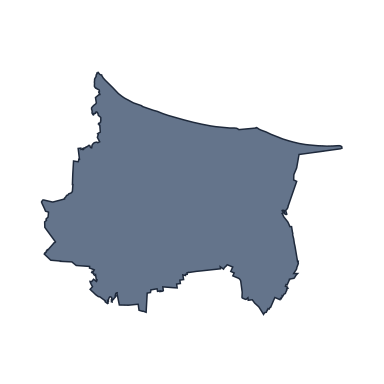 the district of Guasave, Sinaloa, Mexico, rotated 173°
{"feature_id": "50627088B56884755613455", "entity_name": "Guasave", "entity_type": "district", "adm_level": 2, "iso_a3": "MEX", "parent_name": "Mexico", "parent_adm1": "Sinaloa", "projection": "orthographic", "projection_center": [-108.478, 25.508], "detail": "fine", "context": "isolated", "style": "filled", "palette": "slate", "viewbox_px": 384, "rotation_deg": 173, "n_neighbors": 0, "source": "geoboundaries", "source_scale": "gbopen_adm2", "svg_char_len": 5874}
<svg xmlns="http://www.w3.org/2000/svg" viewBox="0 0 384 384"><g transform="rotate(173 192 192)"><path d="M299.7,249.1L299.7,238.2L300.4,238.3L300.4,238.2L300.7,237.1L301.3,235.9L305.8,237.2L308.2,224.0L309.8,214.0L309.3,213.9L310.7,207.0L311.5,206.3L312.5,205.6L314.4,205.3L315.8,204.0L316.9,203.9L317.8,202.6L319.4,201.3L319.5,201.1L319.4,200.6L331.3,199.0L332.1,199.2L340.0,202.1L340.4,202.2L341.1,202.2L342.5,200.6L342.6,200.4L342.2,198.8L340.2,192.7L340.2,192.4L339.7,190.8L339.1,190.5L338.2,190.2L337.8,189.9L336.9,189.6L336.9,189.3L337.9,184.7L340.2,182.9L339.9,181.6L341.9,180.3L342.4,174.8L333.6,159.1L334.1,158.6L334.9,158.4L335.6,158.1L335.8,157.7L340.4,153.6L342.0,152.1L342.3,152.1L342.6,152.4L342.8,152.2L343.2,151.7L343.2,151.3L343.9,151.0L344.0,150.2L344.8,149.5L345.0,149.7L345.6,149.4L346.2,148.4L340.5,141.5L331.4,139.6L330.9,139.5L331.0,139.2L322.9,137.8L319.8,137.3L315.9,133.2L314.0,132.8L302.7,130.6L303.0,129.0L298.5,126.7L299.7,125.0L300.7,125.5L301.4,124.3L299.4,123.0L299.7,122.3L299.6,122.0L298.6,121.0L297.8,121.6L297.7,117.2L297.1,116.5L297.5,116.3L297.2,115.5L297.8,114.8L300.3,117.4L302.5,115.3L304.1,115.7L304.0,114.8L303.5,113.2L302.3,110.1L305.0,107.8L303.5,105.9L302.5,104.8L300.6,102.4L300.1,102.0L300.1,101.8L297.7,99.6L296.3,99.2L291.2,94.4L291.6,93.7L289.5,91.6L288.7,92.0L289.1,93.2L288.9,94.2L288.9,94.3L288.6,94.0L288.3,93.9L288.3,94.5L287.9,95.5L287.7,96.2L286.8,97.6L286.0,98.0L285.3,97.7L284.6,97.0L284.6,96.4L284.6,95.5L285.1,94.8L285.3,94.7L285.1,93.4L285.4,92.9L284.7,92.6L284.7,93.2L284.1,94.4L283.9,94.5L283.6,94.6L283.1,95.3L282.9,95.2L282.1,96.1L281.1,96.9L280.4,97.7L280.9,98.1L280.3,98.5L280.7,98.8L280.3,100.0L280.0,100.3L280.0,100.6L279.2,101.1L278.6,101.1L278.8,100.5L278.8,100.3L277.9,88.7L268.8,87.4L259.9,87.2L259.1,87.1L259.0,81.1L255.6,79.6L255.1,79.7L252.2,78.2L248.8,97.1L245.5,97.3L245.5,97.6L245.0,98.7L244.7,99.9L243.5,99.9L238.5,100.2L238.3,97.6L235.6,97.7L235.8,97.1L235.6,97.1L234.3,97.1L234.3,97.3L233.1,97.2L232.5,97.6L232.5,101.4L222.2,99.3L218.4,98.6L218.5,102.5L214.7,102.6L214.8,106.0L211.0,106.1L211.2,110.8L208.7,109.9L208.5,111.0L206.8,110.9L206.7,112.5L205.5,112.5L205.3,112.7L205.0,112.5L197.3,112.7L193.4,112.6L173.1,112.3L173.1,114.4L170.1,111.6L169.3,112.7L168.0,113.8L166.9,114.5L165.9,115.5L160.7,112.6L163.2,108.4L160.0,106.5L161.7,103.8L156.5,100.8L155.7,100.2L155.4,99.8L154.8,98.8L154.5,97.6L154.4,86.4L154.5,85.7L155.2,81.6L155.2,81.1L155.0,80.7L154.7,80.5L152.0,78.9L151.4,78.9L151.1,79.0L149.4,80.2L149.4,77.7L145.3,77.7L143.4,74.2L139.8,70.0L139.3,69.1L135.9,61.8L135.1,63.0L134.8,63.0L134.4,63.5L132.9,63.6L131.6,65.8L131.4,65.7L130.7,67.0L129.7,66.4L128.7,67.9L128.0,68.0L124.1,74.7L122.6,77.2L117.8,74.4L117.1,75.7L116.5,75.2L116.1,75.8L115.8,76.3L115.6,76.5L115.1,77.2L115.1,77.6L114.8,77.3L113.3,79.2L112.8,79.6L112.1,79.7L111.6,80.1L111.2,81.0L109.8,83.2L109.7,83.6L109.6,84.5L108.6,84.7L108.8,85.0L109.3,84.8L109.1,85.2L108.8,85.6L108.8,85.9L110.8,87.1L109.9,88.7L108.9,88.2L106.1,92.9L105.9,93.0L106.0,93.5L105.7,93.6L105.1,93.7L101.4,93.9L100.8,94.3L98.9,96.7L97.1,98.2L101.0,98.7L99.0,101.1L98.1,102.1L97.6,102.8L97.4,103.2L97.4,103.8L95.2,108.0L95.2,109.5L95.0,110.2L95.7,110.1L96.4,125.7L96.7,128.5L96.8,133.2L97.3,137.2L97.0,138.7L97.2,140.0L97.4,145.5L99.0,145.7L100.5,150.5L104.0,156.3L104.8,159.0L105.2,159.7L103.6,160.5L105.2,163.0L104.7,162.7L103.8,162.8L102.5,162.3L103.0,159.9L103.0,159.4L102.9,159.2L101.4,158.2L101.0,158.2L100.6,158.4L101.3,162.2L99.7,163.6L99.2,164.2L98.5,165.5L98.1,167.0L97.9,167.1L86.8,189.8L89.6,191.6L88.8,196.8L85.2,203.1L81.2,216.2L39.3,216.8L37.8,217.3L38.0,217.8L37.8,218.2L37.8,218.5L37.9,218.8L38.2,219.1L39.3,219.8L40.0,220.0L41.8,220.2L46.8,220.5L52.7,221.1L56.5,221.8L61.0,222.5L70.3,224.5L73.7,225.3L79.7,227.1L85.6,229.3L89.7,231.0L95.3,233.5L106.5,239.6L111.2,242.6L115.9,245.0L118.0,246.3L119.1,247.4L120.1,248.1L120.4,248.1L120.7,248.0L120.8,247.7L137.9,248.2L138.6,248.9L139.9,249.8L142.0,250.3L146.7,250.9L160.3,253.9L165.4,255.3L174.0,258.1L182.2,261.0L191.1,264.5L206.1,270.8L211.1,273.2L214.2,274.9L216.7,276.3L220.4,277.8L231.0,283.0L231.3,283.7L239.3,287.6L247.5,293.4L249.8,295.4L253.1,298.7L257.9,305.2L264.5,313.5L266.3,316.1L267.3,318.4L267.4,319.2L267.6,319.3L268.1,319.3L268.3,319.4L268.7,319.6L269.3,320.1L270.2,321.4L270.3,321.9L270.6,322.2L271.0,321.8L271.3,321.7L271.5,321.4L271.8,321.6L272.0,321.1L272.4,320.2L272.9,319.8L273.1,318.2L273.6,317.8L274.8,316.1L275.1,315.0L275.1,314.4L275.5,313.0L275.5,311.7L275.7,310.7L276.0,308.9L275.8,308.2L275.3,307.4L275.0,306.8L274.2,306.6L274.0,306.1L273.3,305.8L273.0,305.4L272.0,304.9L271.6,304.2L271.7,302.7L271.9,302.6L272.4,302.6L272.4,302.2L272.2,302.0L272.0,301.1L271.8,300.7L271.4,300.3L271.6,299.9L272.6,299.9L276.3,297.5L276.1,292.1L276.8,291.2L278.9,290.0L280.3,288.9L281.4,287.8L281.6,286.5L281.3,285.0L281.3,283.9L281.5,283.3L281.6,282.5L280.8,280.7L280.4,280.5L280.0,280.8L280.1,281.4L280.1,281.8L279.7,282.0L278.8,281.8L278.2,281.8L277.9,282.1L277.9,282.6L277.8,282.9L277.5,283.1L276.9,283.1L276.3,282.6L275.8,281.5L275.7,279.7L275.6,279.4L274.4,278.2L273.5,277.1L273.5,276.4L273.7,275.3L273.7,274.2L274.1,273.6L274.1,272.7L274.7,272.1L275.2,271.7L276.2,271.6L276.4,271.4L276.6,270.9L276.2,270.7L276.1,270.8L275.9,270.7L276.0,269.9L275.4,269.4L275.4,269.2L275.7,262.7L275.8,262.5L277.8,261.8L278.6,261.3L278.0,260.6L279.3,257.7L277.5,253.1L279.5,252.4L280.4,253.1L282.2,253.0L283.3,252.7L284.7,251.6L285.5,250.6L286.2,248.1L286.8,248.2L287.4,248.8L287.7,249.9L287.8,250.5L288.5,250.9L288.9,250.8L290.2,249.9L290.9,249.8L291.0,249.6L291.4,249.5L291.7,249.3L292.0,249.4L292.1,249.2L292.8,248.8L293.1,248.9L293.5,248.9L293.8,248.7L294.1,248.1L294.3,247.6L294.7,247.4L295.1,247.3L295.3,247.5L295.3,247.9L295.0,248.3L295.0,248.5L295.3,248.4L295.8,248.0L297.0,247.8L297.0,249.1L299.7,249.1Z" fill="#64748b" stroke="#1e293b" stroke-width="1.5"/></g></svg>